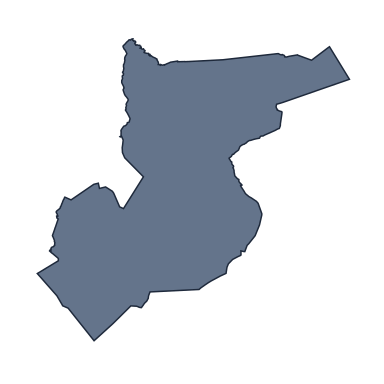 Valkenswaard, Noord-Brabant, Netherlands, rotated 5°
{"feature_id": "6326949B31690191590270", "entity_name": "Valkenswaard", "entity_type": "district", "adm_level": 2, "iso_a3": "NLD", "parent_name": "Netherlands", "parent_adm1": "Noord-Brabant", "projection": "natural_earth1", "projection_center": [5.439, 51.32], "detail": "fine", "context": "isolated", "style": "filled", "palette": "slate", "viewbox_px": 384, "rotation_deg": 5, "n_neighbors": 0, "source": "geoboundaries", "source_scale": "gbopen_adm2", "svg_char_len": 5792}
<svg xmlns="http://www.w3.org/2000/svg" viewBox="0 0 384 384"><g transform="rotate(5 192 192)"><path d="M107.4,348.7L124.8,329.9L141.0,310.8L146.9,310.6L147.4,310.8L148.7,311.1L148.9,311.3L150.3,311.6L151.7,311.6L153.5,308.6L154.0,307.6L154.6,306.7L156.4,304.7L157.7,301.7L157.7,300.0L157.9,298.6L158.9,295.2L207.5,288.5L209.2,286.7L213.0,283.5L216.2,280.9L218.9,278.9L227.4,273.3L233.0,270.1L233.4,264.0L234.5,260.4L238.4,255.6L243.5,252.3L245.7,251.1L245.8,250.8L246.3,250.5L245.9,246.4L248.5,246.8L249.8,246.8L251.5,240.6L251.6,240.3L253.1,238.5L258.2,230.8L258.6,230.2L258.9,229.4L262.1,219.0L263.5,209.1L263.5,208.4L263.5,207.8L263.3,207.2L262.3,205.0L258.9,197.6L258.6,197.2L257.1,195.8L256.7,195.5L255.0,194.6L251.6,192.7L249.1,191.6L245.7,189.2L245.1,188.6L243.8,186.7L243.4,186.2L240.0,181.9L239.8,181.4L239.8,181.2L240.9,181.0L241.2,180.7L239.6,179.2L238.7,178.6L237.7,177.2L237.6,176.8L237.7,176.1L237.7,175.7L237.3,175.2L236.6,175.1L236.0,174.7L233.6,172.5L233.2,172.1L232.7,170.0L232.2,168.6L232.1,167.2L231.4,165.3L230.7,164.3L230.7,163.9L231.1,163.6L231.2,163.4L231.2,163.0L231.0,162.3L230.8,162.1L230.2,161.7L229.4,160.8L229.3,160.7L229.0,158.9L228.9,158.5L228.7,158.4L228.1,158.3L227.4,157.1L226.3,155.8L226.0,155.2L226.2,154.7L226.5,154.6L227.1,154.0L227.7,153.5L228.1,153.1L228.2,152.9L228.7,151.7L229.0,151.1L229.3,150.9L230.2,150.8L230.3,150.6L230.9,149.7L231.7,148.9L232.5,148.1L233.9,146.9L234.5,146.3L234.7,146.1L235.7,142.8L236.0,142.3L236.9,141.5L238.5,140.3L239.6,139.9L240.1,139.7L240.8,139.0L241.6,138.5L241.9,138.3L242.6,137.3L243.5,136.5L244.4,135.9L245.0,135.6L245.8,135.5L249.2,134.1L251.6,133.3L254.3,132.6L254.6,132.4L255.2,130.9L255.5,130.5L256.0,130.3L256.8,130.1L257.5,130.1L258.1,129.9L259.3,129.0L269.3,123.5L270.4,122.8L271.0,122.3L272.4,121.5L273.1,121.3L273.3,121.2L273.5,120.9L274.2,118.3L274.2,117.3L274.1,116.6L274.7,106.5L274.7,104.6L274.6,104.4L274.2,104.1L272.5,103.8L271.7,103.6L271.0,103.2L269.9,103.0L269.7,102.9L269.6,102.7L269.8,102.4L269.7,102.2L268.9,101.2L268.7,100.9L268.3,99.7L268.6,97.2L272.1,95.9L274.8,94.8L314.4,77.0L339.0,66.0L316.3,35.3L315.2,36.2L299.6,50.3L285.5,46.5L285.2,46.2L277.1,48.3L274.3,49.3L273.1,49.3L273.0,49.1L272.5,49.2L272.3,48.3L272.1,48.0L271.3,47.6L270.7,47.6L270.4,47.4L270.1,47.2L269.8,47.2L269.5,47.5L269.2,47.6L268.3,47.5L267.2,47.2L266.3,46.7L265.8,46.6L211.1,57.6L178.2,62.2L173.4,62.8L173.3,62.7L166.3,63.5L166.2,62.8L159.1,64.6L158.4,65.1L155.3,66.7L153.5,67.9L153.4,67.6L151.2,68.3L149.8,67.7L149.7,68.0L149.4,68.5L149.1,68.3L148.5,68.1L147.8,67.9L147.3,67.9L147.6,67.2L146.8,65.1L146.0,64.1L145.6,63.0L145.3,62.5L145.0,62.6L144.7,62.3L143.4,61.6L142.3,61.3L140.5,60.6L140.0,60.1L139.3,59.7L138.9,59.7L138.5,60.2L138.3,60.2L137.3,59.5L137.4,59.3L138.0,59.4L138.3,59.2L138.3,58.8L138.2,58.6L137.8,58.5L137.1,58.6L136.9,58.6L136.8,58.0L136.5,57.7L135.6,57.8L134.3,57.7L133.0,57.5L132.1,57.2L132.0,56.9L132.5,56.4L132.8,55.7L132.9,55.3L132.7,55.1L131.6,54.4L131.4,54.1L131.2,53.6L130.9,53.6L130.3,54.0L130.0,54.0L129.6,53.9L128.7,53.4L128.9,52.8L128.9,52.7L128.6,52.7L128.1,53.1L127.8,53.1L128.5,51.9L128.5,51.7L128.3,51.3L127.6,51.1L127.2,50.4L126.7,50.4L125.7,50.6L124.7,50.2L124.1,50.2L123.6,50.7L123.3,50.7L122.3,49.4L122.1,49.1L122.0,48.8L122.1,48.5L122.8,48.2L122.7,47.1L122.3,46.7L122.0,46.6L120.7,46.8L120.5,46.6L120.6,46.1L119.7,46.0L119.6,45.9L119.6,44.9L119.7,44.6L119.1,44.7L118.1,45.2L117.8,45.7L117.5,46.0L116.5,45.8L115.8,46.1L115.4,46.9L114.5,47.7L113.4,49.0L112.7,50.1L110.7,52.4L110.6,53.0L110.7,53.4L111.2,54.3L112.0,55.6L112.7,56.2L113.3,56.9L115.0,59.7L115.0,60.0L114.6,61.0L114.3,61.7L113.9,62.2L113.7,63.1L113.4,63.5L113.3,65.6L113.7,66.3L113.5,67.8L113.5,68.8L113.1,70.4L112.7,71.1L112.8,73.0L112.9,73.5L113.2,74.3L113.3,75.2L113.1,76.6L113.1,77.5L113.0,77.9L112.5,78.4L112.4,78.7L112.4,78.9L112.6,79.3L113.3,79.7L113.5,80.2L113.4,81.6L112.6,82.1L112.4,82.6L112.4,82.9L112.6,83.4L112.7,84.4L112.9,84.7L112.9,85.0L112.7,86.0L112.3,86.8L112.4,88.4L112.4,88.8L112.7,89.6L113.2,90.5L113.6,91.1L114.7,92.9L114.9,93.7L115.2,94.1L115.2,94.4L114.5,96.0L114.5,96.4L114.8,97.2L116.3,100.6L117.2,101.9L118.2,102.8L119.9,104.7L120.3,105.4L120.4,105.9L120.3,106.5L118.9,109.6L118.7,110.4L119.1,111.2L119.2,111.5L119.0,112.3L119.0,112.7L118.7,113.8L118.7,114.0L119.0,114.7L119.0,115.4L118.6,115.9L118.6,116.1L118.6,116.3L120.4,118.6L122.4,121.7L123.8,124.1L123.9,124.6L123.8,125.1L123.4,126.9L123.5,127.3L123.2,127.9L122.8,128.2L121.9,128.4L121.6,128.5L121.4,128.9L121.4,129.7L121.3,130.1L121.0,130.5L120.0,131.7L118.5,132.3L118.2,132.5L116.2,136.0L115.9,137.0L115.9,137.5L116.1,137.8L116.2,139.0L116.4,142.4L116.0,142.8L115.4,143.1L115.7,143.4L116.0,143.4L116.6,143.2L117.0,142.7L118.9,146.2L118.8,150.7L118.6,153.9L119.3,158.8L122.0,163.8L142.3,181.1L125.2,214.5L121.2,213.1L114.1,200.0L112.6,198.2L105.5,194.5L99.5,196.5L97.9,191.4L93.5,192.9L72.2,210.4L65.8,208.2L65.6,208.7L65.4,208.9L65.0,210.4L64.6,211.0L64.1,212.5L63.7,214.2L63.4,214.8L63.3,215.3L63.2,215.6L62.8,217.1L62.4,218.1L62.1,218.5L62.2,219.0L62.1,219.4L61.3,220.4L59.1,222.5L58.5,223.3L58.5,223.7L58.6,224.4L59.5,225.4L59.6,225.8L59.7,226.0L59.9,226.5L60.3,227.2L60.5,227.7L60.4,227.9L60.3,228.0L60.1,228.0L59.6,227.7L59.3,227.7L59.2,227.8L59.7,229.7L61.1,230.6L60.9,230.9L60.9,231.1L59.0,238.9L58.6,240.1L58.6,240.5L57.6,244.4L56.8,247.4L56.8,247.8L57.7,249.3L58.5,250.9L59.2,252.3L59.2,253.3L59.3,253.6L59.7,254.0L59.8,254.4L59.7,256.7L59.9,256.9L59.8,257.3L59.0,258.0L58.9,258.4L57.9,258.9L57.1,259.3L56.8,259.5L56.5,260.5L56.4,260.7L56.4,260.9L56.7,261.1L56.7,261.3L56.1,262.0L56.4,262.5L55.6,262.3L55.4,262.4L55.2,263.1L57.6,265.0L58.1,265.2L64.2,269.5L64.5,269.9L64.7,270.1L64.8,272.2L45.0,286.7L66.5,307.2L72.6,315.8L73.0,316.6L78.7,318.5L107.4,348.7Z" fill="#64748b" stroke="#1e293b" stroke-width="1.5"/></g></svg>